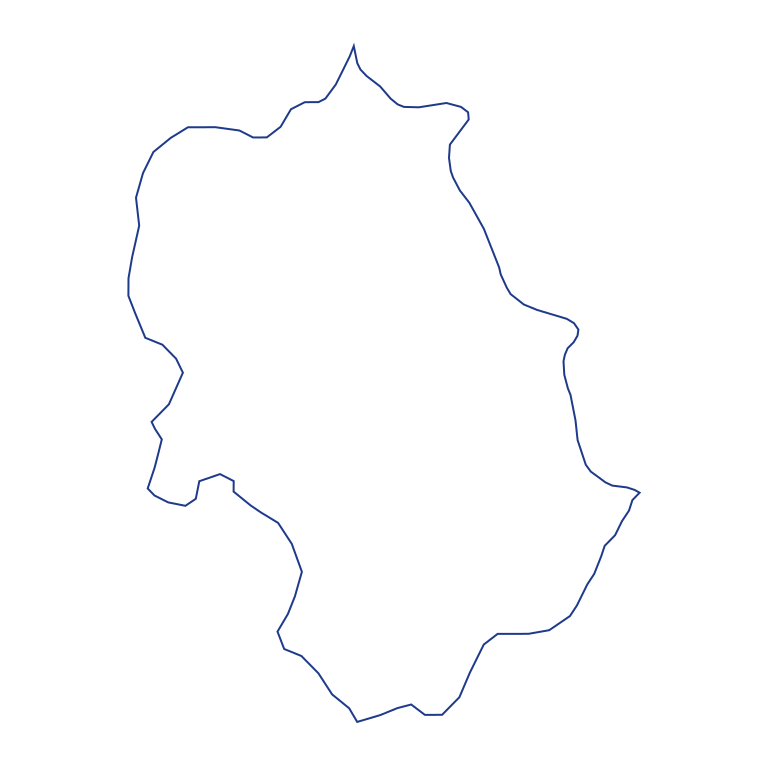 Hwaphyong, Chagang-do, North Korea
{"feature_id": "82179303B2578505364646", "entity_name": "Hwaphyong", "entity_type": "district", "adm_level": 2, "iso_a3": "PRK", "parent_name": "North Korea", "parent_adm1": "Chagang-do", "projection": "robinson", "projection_center": [126.952, 41.219], "detail": "fine", "context": "isolated", "style": "outline", "palette": "blue", "viewbox_px": 768, "rotation_deg": 0, "n_neighbors": 0, "source": "geoboundaries", "source_scale": "gbopen_adm2", "svg_char_len": 1629}
<svg xmlns="http://www.w3.org/2000/svg" viewBox="0 0 768 768"><path d="M159.9,343.7L162.4,344.7L176.1,358.7L182.9,372.7L168.9,404.3L151.6,421.9L155.0,428.9L161.8,439.4L158.3,453.4L154.7,467.4L147.7,488.5L154.5,495.5L168.2,502.4L185.4,505.8L195.8,498.8L199.3,481.2L220.0,474.1L233.7,481.1L233.6,491.6L250.7,505.5L261.0,512.5L278.1,522.9L291.8,543.9L301.9,571.8L294.9,596.4L287.9,614.0L277.5,631.6L284.2,649.0L301.4,656.0L318.5,673.4L332.1,694.4L349.2,708.3L357.2,721.9L380.2,715.1L397.4,708.1L411.2,704.5L424.9,714.9L442.1,714.8L459.4,697.2L469.9,672.6L476.8,658.6L483.8,644.5L497.6,633.9L511.4,633.9L528.6,633.8L549.2,630.2L570.0,616.0L576.9,605.5L587.3,584.4L594.2,573.9L601.2,556.3L604.7,545.8L615.1,535.2L622.0,521.1L629.0,510.6L632.4,500.1L639.6,492.7L634.6,489.9L626.9,487.4L612.3,485.6L605.5,482.4L590.8,471.6L585.8,464.8L577.6,440.1L575.5,420.4L570.5,394.9L567.9,388.4L564.3,374.8L563.5,361.2L564.9,354.7L567.6,348.3L573.7,342.2L577.5,335.7L578.4,329.6L574.0,323.2L566.9,318.9L537.0,309.9L523.8,304.5L510.6,294.1L506.8,287.7L500.7,274.4L499.2,267.6L483.9,228.9L469.3,202.7L459.9,190.5L453.1,177.6L450.8,171.1L449.0,157.9L449.9,144.6L468.7,119.5L468.1,112.3L461.0,106.9L446.4,103.0L418.8,107.3L403.9,106.9L397.7,104.4L390.7,98.7L380.2,86.5L366.7,76.1L360.5,69.6L357.3,63.2L353.8,46.1L349.7,56.4L342.8,70.4L335.8,84.5L325.4,98.6L318.5,102.1L304.8,102.2L291.0,109.2L280.6,126.8L266.8,137.4L253.1,137.5L239.4,130.5L215.4,127.2L187.9,127.3L170.7,137.9L153.4,152.0L143.0,173.1L136.0,197.7L139.2,225.7L132.1,257.3L128.5,278.3L128.4,295.8L135.2,313.3L145.3,337.8L159.9,343.7Z" fill="none" stroke="#1e3a8a" stroke-width="2"/></svg>